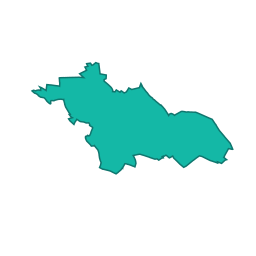 outline of Tukums, Tukums, Latvia, rotated 209°
{"feature_id": "27541924B84924671818931", "entity_name": "Tukums", "entity_type": "district", "adm_level": 2, "iso_a3": "LVA", "parent_name": "Latvia", "parent_adm1": "Tukums", "projection": "robinson", "projection_center": [23.156, 56.969], "detail": "fine", "context": "isolated", "style": "filled", "palette": "teal", "viewbox_px": 256, "rotation_deg": 209, "n_neighbors": 0, "source": "geoboundaries", "source_scale": "gbopen_adm2", "svg_char_len": 5537}
<svg xmlns="http://www.w3.org/2000/svg" viewBox="0 0 256 256"><g transform="rotate(209 128 128)"><path d="M129.2,80.1L123.1,81.7L122.9,81.7L122.7,81.8L119.5,81.9L116.2,82.1L115.1,84.5L115.0,85.0L113.9,87.8L113.9,88.0L113.6,89.9L113.6,90.1L113.2,90.1L113.3,90.3L113.4,91.7L113.4,93.0L113.4,95.3L112.4,95.7L112.2,95.8L111.9,95.9L111.0,96.0L109.8,96.4L109.7,96.4L108.6,96.6L107.4,96.8L106.5,96.9L105.5,97.0L104.6,97.2L103.8,97.3L103.6,97.3L103.4,97.3L103.4,97.5L103.1,97.5L103.9,100.9L105.2,102.6L106.1,103.6L109.3,106.0L110.1,106.5L107.9,108.4L107.0,109.2L105.9,110.1L105.7,110.3L105.0,110.8L103.9,111.1L103.2,111.2L100.1,111.9L98.8,112.1L95.8,112.7L94.7,112.8L90.4,113.6L90.1,113.6L89.2,113.9L87.6,115.1L85.5,114.8L84.4,116.9L84.1,117.5L83.8,118.1L82.8,118.9L83.5,119.2L83.3,119.5L84.1,119.7L83.5,120.4L83.4,120.6L83.1,120.5L82.8,120.8L82.5,121.2L82.0,121.9L81.9,122.3L81.6,122.6L81.1,122.6L77.4,121.9L77.3,122.1L76.6,122.9L76.2,123.6L75.9,124.2L75.5,124.9L75.3,125.1L73.8,124.1L73.0,123.7L71.5,123.4L71.2,123.3L70.8,123.2L70.5,123.1L69.3,122.8L64.9,121.5L60.2,120.6L59.3,122.0L58.8,122.6L58.8,122.8L58.6,123.1L57.3,126.3L56.5,128.3L55.4,131.1L55.3,131.3L55.1,131.6L54.8,132.3L54.6,132.7L54.4,133.2L54.0,134.2L53.5,135.3L52.0,138.3L50.4,138.7L49.3,139.0L49.1,139.0L48.9,139.0L46.8,139.1L44.4,139.2L40.4,139.4L39.0,139.7L37.6,140.0L37.2,140.0L36.8,140.1L36.3,140.2L35.8,140.3L34.5,140.5L33.3,140.7L33.0,140.7L32.6,140.8L33.4,141.8L29.0,142.4L28.0,145.4L27.5,146.9L27.0,147.5L26.4,148.1L28.2,148.4L30.0,148.8L29.9,149.2L29.9,149.7L30.1,150.4L30.1,158.3L30.1,158.7L26.4,159.9L26.1,160.2L29.5,162.9L30.0,163.2L31.2,164.2L31.3,164.2L39.2,167.1L39.6,167.3L40.3,167.6L46.7,170.0L50.2,171.9L51.9,172.9L52.3,173.2L52.9,173.6L53.6,173.8L54.0,173.9L54.2,174.1L58.6,176.4L62.1,176.0L70.1,175.3L73.2,175.0L73.4,175.0L75.7,174.7L76.5,174.6L76.8,174.4L78.9,173.3L80.2,172.7L81.7,171.9L83.2,171.3L84.0,170.7L84.7,170.2L86.7,169.6L88.0,169.1L88.4,168.9L88.7,168.8L88.8,168.7L89.1,168.5L89.3,168.4L89.6,168.1L89.8,167.7L90.2,167.0L90.3,166.9L90.4,166.7L90.6,166.5L91.1,165.6L91.6,164.8L92.2,163.9L93.2,162.3L93.3,162.1L93.4,161.9L93.4,161.7L94.5,161.8L95.3,161.9L96.4,161.8L97.4,161.6L97.9,160.9L98.5,160.2L98.5,159.4L98.5,158.7L99.3,159.2L100.1,159.6L100.4,159.8L100.8,160.0L101.4,160.3L102.1,160.7L103.0,161.2L104.0,161.7L104.4,161.9L104.9,162.2L106.1,162.6L107.3,163.1L108.8,163.6L110.4,164.1L110.5,163.9L110.7,163.7L112.6,164.1L114.5,164.5L115.8,164.7L117.1,165.0L117.8,165.2L118.5,165.4L119.0,165.4L119.5,165.4L119.8,165.4L120.1,165.5L120.4,165.6L120.5,165.7L120.8,165.9L121.1,166.0L121.6,166.1L122.0,166.2L122.4,166.2L122.7,166.2L123.3,166.3L123.8,166.4L124.9,166.7L125.9,167.0L127.9,168.0L130.0,168.7L132.0,169.6L134.0,170.5L134.1,170.4L135.0,170.7L135.8,171.1L135.6,171.2L135.5,171.3L136.9,172.3L138.3,173.2L137.6,168.8L143.4,163.5L146.7,163.4L146.8,160.5L147.0,158.6L147.9,157.4L148.0,157.2L148.3,156.8L151.3,157.2L152.0,157.2L152.3,155.4L156.7,155.6L156.8,154.7L156.9,153.3L159.1,152.4L159.4,153.3L160.5,154.3L161.7,155.0L163.2,155.6L164.1,155.8L164.9,156.0L165.7,156.2L165.9,156.3L166.0,156.3L168.9,156.9L171.6,157.4L172.4,158.8L171.1,160.5L171.9,162.2L172.7,163.8L174.2,163.3L176.6,162.5L178.7,161.8L179.4,162.8L183.7,168.7L184.3,169.4L184.8,170.2L185.3,170.0L185.7,169.9L186.2,169.7L187.5,169.6L187.9,169.5L187.9,169.4L188.5,168.0L188.9,167.0L189.3,166.1L190.0,165.3L191.8,166.3L192.0,166.4L192.3,166.5L193.8,165.4L195.4,164.2L195.2,164.0L195.0,163.9L194.4,163.5L193.8,163.1L193.4,162.8L193.0,162.5L194.1,161.5L195.2,160.4L194.8,160.2L194.5,160.0L194.0,159.6L192.8,158.8L192.2,158.4L193.9,155.9L196.6,152.0L191.2,150.6L192.1,150.2L195.9,148.4L196.8,147.8L203.5,143.9L207.0,141.8L208.0,141.2L208.8,140.8L209.2,140.5L209.8,140.2L212.1,138.8L212.4,138.4L211.7,137.5L210.1,135.0L209.6,134.5L208.5,132.3L208.1,131.4L208.3,131.4L212.8,129.6L216.2,128.3L217.4,127.7L218.5,127.3L220.0,126.6L219.9,126.4L219.4,125.1L218.5,122.7L217.8,121.1L219.6,121.2L223.1,121.3L225.0,121.1L224.2,120.7L223.4,120.3L223.4,120.1L223.3,119.9L223.1,119.4L222.8,118.9L222.8,118.7L222.7,118.6L223.6,118.3L223.5,118.2L224.7,117.8L226.0,116.8L226.3,116.4L226.8,115.7L228.8,115.3L229.6,114.4L229.9,113.9L227.7,113.4L226.6,113.2L225.7,113.4L224.8,113.5L223.6,113.4L222.7,113.2L222.0,112.8L219.5,112.6L216.2,113.7L215.5,113.7L214.0,113.1L213.1,112.7L211.9,112.1L211.7,112.1L211.1,111.9L209.8,111.6L208.7,111.4L208.1,111.4L207.9,111.4L207.7,111.4L207.6,111.6L207.4,111.9L207.6,112.3L208.3,113.3L208.6,113.9L208.6,114.0L208.6,114.4L208.6,114.6L208.1,114.9L207.3,115.4L206.8,115.5L206.4,115.7L206.1,115.9L205.9,116.0L205.9,116.3L205.5,116.7L205.3,116.9L204.6,117.6L203.7,118.5L203.1,119.0L202.8,119.3L201.1,120.4L200.6,120.7L199.5,121.1L198.7,121.3L198.1,121.8L198.0,121.6L197.9,121.4L195.3,118.7L195.0,118.2L192.7,116.1L187.2,112.9L185.2,112.0L186.0,111.3L185.0,110.8L183.2,110.1L181.7,110.0L183.8,107.9L184.4,107.2L182.2,106.1L177.0,104.9L177.2,106.9L177.2,107.9L177.1,108.2L177.0,110.1L177.0,110.8L174.7,110.6L173.0,110.5L172.6,110.6L169.6,111.8L167.2,112.1L166.5,112.4L164.8,113.5L163.0,112.4L162.8,111.6L160.3,111.5L159.3,111.4L158.9,110.8L158.4,106.6L158.0,105.1L157.9,102.7L158.6,102.0L159.7,102.1L160.0,101.6L160.0,101.0L160.2,100.7L161.0,100.1L160.8,99.3L160.1,98.8L160.2,98.5L159.1,97.5L157.8,96.6L157.2,96.4L153.0,95.2L151.3,94.4L149.7,95.5L149.1,95.8L149.0,96.3L143.7,94.2L142.2,92.9L140.4,90.9L140.4,90.7L138.3,87.9L136.9,86.5L134.6,84.5L134.4,83.4L134.0,82.3L133.9,81.4L133.7,79.6L130.2,79.7L129.2,80.1Z" fill="#14b8a6" stroke="#0f766e" stroke-width="1.5"/></g></svg>